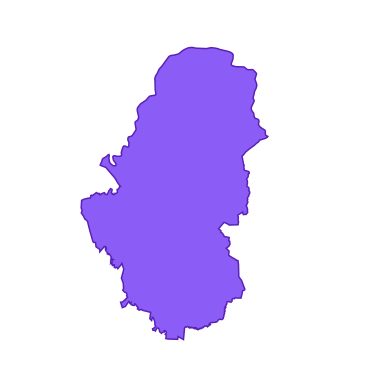 Coahuayutla de José María Izazaga, Guerrero, Mexico, rotated 29°
{"feature_id": "50627088B68118257032926", "entity_name": "Coahuayutla de José María Izazaga", "entity_type": "district", "adm_level": 2, "iso_a3": "MEX", "parent_name": "Mexico", "parent_adm1": "Guerrero", "projection": "equal_earth", "projection_center": [-101.625, 18.294], "detail": "fine", "context": "isolated", "style": "filled", "palette": "violet", "viewbox_px": 384, "rotation_deg": 29, "n_neighbors": 0, "source": "geoboundaries", "source_scale": "gbopen_adm2", "svg_char_len": 6070}
<svg xmlns="http://www.w3.org/2000/svg" viewBox="0 0 384 384"><g transform="rotate(29 192 192)"><path d="M231.4,106.6L229.7,106.7L228.8,106.5L228.2,105.9L226.7,103.4L225.9,102.6L220.2,102.2L218.4,101.4L217.3,100.6L216.3,97.6L215.2,96.6L214.2,96.4L211.8,96.9L210.6,96.5L209.5,95.5L207.6,93.1L204.3,91.6L203.1,89.8L202.7,88.4L202.3,82.4L201.8,81.6L200.1,80.5L199.5,79.2L199.1,77.3L197.9,73.4L197.8,70.3L197.2,67.9L196.4,66.4L192.4,62.9L191.2,57.5L190.8,57.0L189.3,56.4L186.0,55.5L185.3,55.7L182.6,57.5L180.7,58.1L179.5,58.0L178.3,57.5L176.7,57.5L169.2,61.3L165.6,62.0L164.8,61.7L164.1,60.7L163.4,56.0L161.5,52.1L160.2,51.3L157.8,51.1L155.1,51.6L146.6,54.0L145.4,54.0L142.3,55.0L138.7,56.5L135.1,59.6L125.7,64.3L122.7,65.2L120.5,66.4L118.6,68.0L116.9,70.2L115.2,72.9L113.5,77.5L110.4,80.6L107.5,82.8L106.8,83.5L106.1,84.8L104.6,96.8L104.0,99.1L103.7,101.3L104.1,104.6L103.9,108.2L104.5,110.9L106.3,113.6L109.9,119.9L113.1,124.1L113.1,124.7L112.7,125.2L108.7,128.5L108.2,129.5L107.2,134.2L104.3,139.8L103.6,143.8L103.7,145.5L104.2,146.6L105.0,147.8L108.9,152.1L109.4,153.6L109.5,155.2L109.4,156.0L108.4,157.9L108.6,159.1L112.6,164.1L112.8,164.7L112.8,166.7L112.4,171.2L111.9,172.6L109.9,174.5L109.7,175.3L110.5,177.4L112.9,179.4L114.6,182.7L114.5,183.3L114.1,183.9L110.8,184.3L110.1,184.9L109.8,185.7L110.2,188.4L110.9,191.3L111.2,192.2L112.4,193.4L112.6,194.5L111.6,195.7L108.6,197.4L107.2,197.6L106.2,198.1L105.8,198.5L105.6,199.2L106.0,200.1L107.9,202.3L112.1,204.3L112.4,205.5L112.0,206.5L110.1,207.2L107.6,206.8L105.6,206.0L103.0,202.9L102.0,200.3L101.2,199.5L100.5,200.4L99.9,202.5L98.0,205.7L97.7,206.8L98.3,209.4L98.5,212.4L98.8,213.1L104.8,212.3L117.6,217.1L123.5,220.5L126.7,221.8L126.0,222.5L126.3,223.8L126.1,224.5L126.1,225.3L125.3,226.2L126.9,228.4L126.9,228.7L126.6,229.7L126.1,230.2L125.3,230.5L125.0,232.3L123.7,232.4L123.5,232.0L123.3,232.4L121.8,231.7L121.2,229.0L120.7,228.5L119.2,228.5L118.7,231.1L119.0,233.4L118.9,235.5L116.7,235.9L116.0,235.1L115.6,235.1L113.7,237.3L113.4,238.5L112.7,239.2L111.5,238.9L111.6,238.3L109.6,239.0L108.6,238.9L106.7,243.5L105.9,243.3L105.2,244.0L106.0,246.5L104.0,247.9L101.0,250.7L99.5,252.8L102.8,259.7L104.8,261.3L105.3,264.0L109.0,265.8L111.2,267.5L114.7,268.2L121.5,275.5L129.2,283.2L130.3,283.8L132.0,282.9L134.7,286.5L139.1,286.9L140.4,289.0L141.9,281.5L142.0,282.1L142.3,282.2L143.2,281.7L143.4,282.5L144.0,282.4L144.8,283.4L143.9,283.9L144.1,284.3L146.0,285.6L147.5,286.0L147.8,287.1L148.7,286.6L148.7,287.1L149.1,287.3L150.0,286.4L150.4,286.6L152.5,287.8L152.9,288.4L153.5,288.5L153.5,290.0L155.8,289.3L155.2,290.4L154.5,291.0L154.3,291.8L154.6,292.5L155.2,292.9L155.5,293.9L156.3,292.4L156.7,293.9L157.8,294.4L157.9,294.8L158.2,294.8L158.4,294.1L158.7,294.2L159.4,293.5L160.5,295.5L161.0,295.5L161.0,296.0L161.3,295.4L161.7,295.4L161.7,295.0L162.3,294.9L162.4,294.6L163.7,294.3L164.3,294.9L164.7,293.2L164.5,292.7L165.1,291.4L165.3,288.4L169.8,292.7L172.0,301.6L176.0,305.0L178.5,308.9L178.8,309.0L179.1,311.5L181.6,312.3L183.4,312.0L184.9,313.1L185.1,314.4L186.7,315.3L185.9,317.8L186.0,318.7L185.5,319.0L184.6,321.8L183.0,323.0L187.1,326.9L189.2,324.4L189.8,318.3L190.3,318.3L191.0,319.1L191.6,319.4L192.3,318.3L192.6,319.3L193.0,319.9L194.9,319.9L196.4,319.3L196.5,319.0L196.1,317.7L196.3,317.5L196.7,318.0L197.8,317.9L199.5,318.9L200.3,318.9L200.8,319.6L201.0,320.8L201.3,320.8L201.9,320.3L203.1,321.0L204.8,319.0L205.9,319.5L214.2,317.3L216.5,323.2L219.0,324.0L218.1,320.8L219.3,320.9L222.5,323.6L223.8,326.0L225.4,327.0L224.7,329.4L223.8,330.8L224.9,331.9L226.2,331.1L227.4,331.4L227.3,328.0L228.5,327.4L229.5,327.8L231.5,329.9L233.9,330.4L234.2,329.1L235.1,328.1L235.6,328.0L235.6,327.5L234.9,326.7L235.3,326.3L236.9,326.6L237.7,327.2L237.9,328.2L237.4,329.1L237.4,329.4L238.3,329.5L238.9,329.9L239.5,331.3L239.8,331.6L240.1,332.9L241.9,332.4L250.9,327.8L249.8,325.2L256.1,325.2L251.3,314.3L251.8,313.0L252.5,313.0L253.6,311.6L254.7,312.0L254.9,311.7L255.2,312.1L256.1,312.0L256.6,310.8L257.4,311.0L257.7,310.5L259.0,310.4L259.1,310.0L260.1,309.4L260.4,310.3L261.1,310.1L261.5,309.5L261.2,309.4L261.2,308.9L261.7,308.7L262.5,309.6L262.8,309.2L264.0,309.6L264.5,308.0L264.8,307.8L265.2,308.0L265.7,306.8L266.4,306.9L266.8,305.9L266.8,305.3L267.5,305.2L268.0,303.2L269.8,302.3L271.0,302.4L271.1,301.9L270.4,301.9L271.4,301.2L272.4,299.0L272.0,298.9L271.7,299.3L271.1,299.4L271.0,299.2L271.0,298.5L271.7,297.6L272.0,296.7L272.9,296.5L276.2,294.1L276.6,293.6L277.1,292.1L277.0,291.4L277.6,290.2L278.1,289.8L280.0,289.1L280.5,288.1L280.6,287.4L280.2,286.5L280.2,285.5L279.4,283.9L279.5,282.9L278.8,281.5L278.8,280.9L278.4,281.0L278.3,279.7L277.7,279.3L277.6,278.8L277.3,278.8L277.6,277.8L277.4,277.6L277.5,276.8L276.9,276.8L277.0,276.4L276.6,276.3L276.9,275.2L276.6,274.4L276.7,273.0L275.8,271.3L276.0,270.9L277.1,270.3L277.5,269.8L278.9,269.8L279.7,269.2L279.9,267.8L279.1,266.8L279.2,266.1L279.6,265.2L280.9,264.7L280.9,264.1L281.3,263.3L282.7,263.0L286.3,261.0L285.1,256.7L284.1,253.9L285.2,252.8L285.5,251.8L285.2,251.3L278.2,245.3L274.0,243.4L267.9,233.0L265.5,229.7L263.8,230.3L263.4,229.9L257.0,229.8L254.9,229.5L254.5,229.1L253.0,225.7L249.2,224.6L250.5,221.7L250.5,219.1L248.7,216.7L247.8,216.9L246.6,213.8L241.6,215.3L240.8,214.5L238.4,213.3L236.7,213.2L236.0,211.8L233.1,211.3L234.7,203.0L239.1,202.6L240.5,202.9L248.2,198.3L247.2,195.6L245.5,193.7L245.3,192.6L244.5,191.2L243.7,190.8L243.2,190.2L246.0,185.0L246.8,186.0L247.9,186.9L249.1,185.9L250.2,185.4L250.6,182.8L249.6,181.6L249.2,180.6L248.0,179.1L246.0,177.8L246.2,176.5L245.8,176.0L245.8,173.8L244.6,172.8L244.4,171.6L243.9,171.4L243.6,170.4L243.2,169.7L243.6,168.3L243.1,167.0L243.0,164.8L242.2,163.8L241.3,163.4L241.1,162.7L240.4,162.1L240.0,161.0L238.8,160.5L237.4,160.4L237.1,160.1L236.0,156.9L234.6,155.0L233.6,154.6L233.5,153.1L233.7,151.6L232.4,148.4L233.0,147.9L231.9,146.6L227.1,147.6L224.4,143.7L224.6,143.4L223.7,142.8L218.3,136.3L219.0,134.6L219.4,131.4L221.5,126.0L223.8,121.1L225.1,117.4L225.7,116.5L226.0,115.3L225.8,114.1L230.1,109.6L231.4,107.5L231.4,106.6Z" fill="#8b5cf6" stroke="#5b21b6" stroke-width="1.5"/></g></svg>